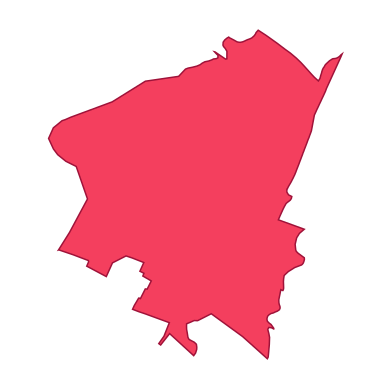 San Pedro Mártir, Oaxaca, Mexico (orthographic projection), rotated 272°
{"feature_id": "50627088B40688642514204", "entity_name": "San Pedro Mártir", "entity_type": "district", "adm_level": 2, "iso_a3": "MEX", "parent_name": "Mexico", "parent_adm1": "Oaxaca", "projection": "orthographic", "projection_center": [-96.704, 16.749], "detail": "fine", "context": "isolated", "style": "filled", "palette": "rose", "viewbox_px": 384, "rotation_deg": 272, "n_neighbors": 0, "source": "geoboundaries", "source_scale": "gbopen_adm2", "svg_char_len": 3414}
<svg xmlns="http://www.w3.org/2000/svg" viewBox="0 0 384 384"><g transform="rotate(272 192 192)"><path d="M348.1,223.3L347.1,221.7L346.3,220.7L346.0,220.5L345.1,219.4L342.8,217.9L342.0,217.9L339.9,217.8L338.4,218.5L336.6,220.2L333.8,222.0L329.8,222.1L326.3,222.2L326.0,220.9L326.8,219.6L332.8,210.1L332.9,209.6L330.8,211.7L329.5,213.2L327.0,213.2L326.1,211.6L325.7,208.8L324.7,207.1L323.5,204.1L322.6,200.3L321.0,197.5L319.5,195.7L318.0,192.5L316.7,188.1L315.7,183.8L314.6,181.2L307.1,174.6L301.1,141.5L279.7,109.7L279.3,109.1L262.5,68.2L259.9,62.8L258.7,59.6L251.3,51.2L240.5,46.8L230.2,52.0L224.6,56.5L218.2,65.0L213.5,75.4L181.4,87.8L147.3,71.0L129.4,60.6L129.5,60.9L125.2,75.2L119.9,90.8L118.6,91.1L114.2,89.4L110.0,98.0L104.5,109.3L118.4,115.0L125.8,128.3L124.0,134.5L120.0,145.8L119.8,146.3L111.0,142.7L109.6,145.7L109.1,146.8L106.3,145.8L101.7,154.4L93.4,150.6L93.5,148.7L83.7,144.2L84.2,142.7L84.1,142.4L76.6,138.3L72.7,136.7L70.5,143.1L68.6,149.5L61.8,170.3L60.6,173.9L46.8,169.0L45.2,167.9L41.5,165.5L39.8,164.4L39.3,164.1L38.0,166.0L49.7,174.6L28.5,199.4L31.2,201.2L34.9,202.2L37.1,202.2L40.0,201.7L41.9,199.6L42.6,198.2L43.5,196.3L44.6,194.2L46.6,193.0L50.4,192.3L54.6,191.4L58.0,191.2L60.1,191.2L62.0,195.4L63.6,198.6L63.6,202.1L71.0,215.5L49.3,247.6L28.0,273.1L29.7,273.9L34.5,274.2L42.3,274.6L48.7,274.6L49.4,274.6L53.4,273.7L57.4,272.5L59.3,273.5L59.1,276.1L58.0,278.4L58.6,278.5L62.4,275.6L63.5,273.9L65.5,271.8L67.7,271.3L68.8,271.5L70.0,271.8L70.6,272.0L71.5,272.8L72.1,273.4L73.3,275.2L74.0,277.6L74.8,279.0L75.9,281.5L77.4,283.5L79.1,284.1L80.7,283.9L82.7,283.1L84.5,282.7L87.2,282.5L94.5,283.7L97.5,284.2L96.7,286.0L96.7,286.3L97.6,286.7L98.6,286.9L99.8,286.9L103.0,286.7L104.3,286.6L105.6,286.5L108.4,286.6L111.7,287.0L111.9,287.2L112.7,287.9L115.9,291.1L117.9,294.1L120.1,297.3L122.9,304.0L123.6,304.8L124.9,305.7L126.7,306.3L128.7,306.7L130.2,306.5L134.5,300.2L136.3,298.3L137.7,297.7L143.3,296.9L144.8,297.2L149.9,298.2L154.4,300.8L158.7,305.5L167.2,279.3L170.7,280.6L177.5,283.4L180.6,284.8L183.7,286.4L184.9,287.6L186.0,289.0L187.3,290.5L188.9,291.5L191.0,291.9L192.5,288.6L195.2,286.8L198.1,286.7L198.3,287.1L199.6,287.6L200.6,288.1L202.0,288.8L202.5,289.1L204.7,290.3L206.1,291.0L208.5,292.1L208.8,292.3L211.4,293.4L212.9,294.1L214.9,294.8L215.3,295.0L216.6,295.4L218.7,296.1L222.9,297.6L226.2,298.7L227.9,299.3L229.1,299.7L230.9,300.3L233.2,301.1L234.6,301.5L235.7,301.9L237.0,302.4L238.1,302.7L239.2,303.1L243.8,304.7L244.7,305.0L247.2,305.8L248.4,306.2L250.2,306.9L251.4,307.3L252.5,307.6L253.6,308.0L255.1,308.5L257.3,309.2L273.1,311.6L274.3,312.1L276.2,312.9L278.7,313.9L282.1,315.4L284.3,316.3L286.1,317.1L287.7,317.8L289.9,318.7L292.4,319.8L297.4,321.9L300.0,322.7L331.8,335.9L335.2,337.2L334.2,336.0L332.8,334.8L331.9,333.7L331.1,332.4L330.6,331.2L330.3,329.6L330.1,328.1L329.3,326.7L328.7,326.0L328.0,324.9L326.8,323.7L324.7,321.6L323.5,320.6L321.8,319.8L320.5,318.9L319.0,318.2L316.6,317.5L315.4,317.3L312.7,316.5L312.0,316.4L309.9,315.9L307.4,314.4L310.9,310.3L314.1,307.1L322.3,299.2L325.3,296.2L329.5,291.5L334.3,285.4L337.9,280.0L342.5,273.5L343.3,272.4L349.4,263.2L351.3,260.3L356.0,252.5L353.6,250.5L352.1,249.9L350.3,248.7L348.0,246.3L347.0,244.3L346.1,242.0L345.4,240.6L344.6,239.1L343.8,237.3L343.3,235.2L343.3,233.7L343.6,231.9L344.4,230.3L345.3,228.6L346.1,226.9L346.8,225.5L347.4,224.1L348.1,223.3Z" fill="#f43f5e" stroke="#9f1239" stroke-width="1.5"/></g></svg>